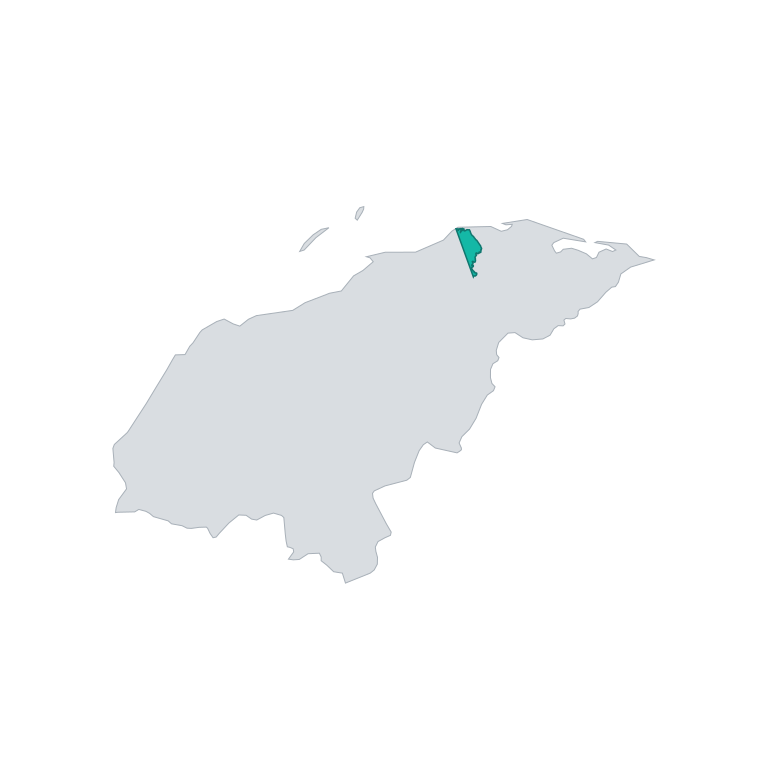 location of Juan Francisco Bulnes, Gracias a Dios, Honduras, rotated 340°
{"feature_id": "27666195B12686081930969", "entity_name": "Juan Francisco Bulnes", "entity_type": "district", "adm_level": 2, "iso_a3": "HND", "parent_name": "Honduras", "parent_adm1": "Gracias a Dios", "projection": "orthographic", "projection_center": [-84.929, 15.724], "detail": "fine", "context": "in_parent", "style": "filled", "palette": "teal", "viewbox_px": 768, "rotation_deg": 340, "n_neighbors": 0, "source": "geoboundaries", "source_scale": "gbopen_adm2", "svg_char_len": 6591}
<svg xmlns="http://www.w3.org/2000/svg" viewBox="0 0 768 768"><g transform="rotate(340 384 384)"><path d="M680.3,359.8L655.7,358.5L644.2,361.6L639.1,368.5L634.8,371.6L631.1,370.9L623.8,373.7L612.7,379.8L602.7,382.2L593.8,380.7L591.2,382.2L590.5,384.3L589.1,386.2L585.7,387.3L581.7,386.7L577.2,384.6L574.9,385.5L574.6,389.5L572.2,390.6L567.6,388.7L562.5,390.2L556.8,394.9L548.7,396.0L538.4,393.2L530.4,388.1L524.7,380.5L517.9,378.6L506.0,384.2L501.0,390.8L499.9,394.9L501.1,398.5L498.9,401.0L493.3,402.2L489.1,406.7L486.2,414.4L485.6,420.4L487.4,424.6L484.6,427.7L477.3,429.7L468.8,436.4L458.8,447.7L449.0,455.6L439.2,460.1L434.4,465.1L434.8,470.6L434.2,472.3L432.3,473.0L429.1,473.7L410.3,461.7L404.9,453.3L400.2,454.5L394.2,458.7L385.8,468.1L376.8,480.8L372.5,482.2L350.1,480.1L338.3,481.1L335.8,482.8L334.7,487.5L335.3,493.8L338.4,516.3L340.1,525.6L338.3,528.4L332.3,528.8L324.5,530.0L320.1,534.2L319.1,538.6L318.6,544.7L316.1,551.0L311.2,555.4L306.4,557.0L279.7,557.9L280.2,547.5L272.5,543.2L268.2,534.5L264.5,528.6L265.8,525.1L265.4,520.9L254.6,517.5L244.4,519.9L238.6,518.2L234.3,515.9L241.7,510.9L242.3,507.8L239.9,505.5L237.5,503.9L238.3,498.1L239.9,491.3L244.2,475.2L242.7,472.4L236.0,467.5L227.4,466.9L217.9,468.3L213.4,465.7L209.5,460.2L202.7,457.4L190.7,461.6L177.9,468.1L174.0,470.4L170.8,470.0L169.5,465.1L168.9,459.2L168.1,457.7L161.4,455.5L153.6,453.8L149.6,452.1L145.8,448.1L136.5,442.7L134.4,438.8L122.0,429.8L119.5,425.4L116.7,422.2L110.7,418.0L106.0,418.9L90.1,413.5L87.7,413.0L90.0,408.6L95.1,401.9L106.2,394.5L107.3,388.4L104.6,376.5L101.9,368.9L103.5,365.5L107.2,351.8L109.9,348.6L125.8,342.0L127.3,341.1L139.9,331.6L154.0,321.0L168.5,309.3L184.8,296.3L193.7,288.7L197.9,285.3L207.1,288.3L214.4,282.1L218.6,280.0L228.6,272.6L231.6,271.0L248.1,268.1L256.0,268.3L262.9,276.0L268.3,280.3L278.8,276.8L287.5,276.1L323.4,283.6L337.7,280.6L363.9,280.1L375.7,282.0L392.4,272.0L403.1,270.1L415.7,265.4L414.0,260.6L411.0,258.4L430.2,260.6L458.7,270.9L489.1,269.1L500.0,263.6L507.1,262.0L538.2,272.5L546.4,280.6L552.8,281.3L557.8,279.5L559.1,277.8L553.0,276.1L550.2,273.6L574.8,278.4L621.1,316.3L622.1,319.4L602.3,308.3L591.9,309.2L589.2,311.0L589.8,317.2L590.7,320.0L595.2,320.3L598.5,318.7L606.7,320.6L612.1,324.7L618.7,330.9L622.7,337.7L626.9,337.8L631.1,333.7L638.9,333.1L644.1,337.7L647.7,337.4L642.6,330.3L630.6,323.3L633.5,323.0L659.9,335.5L667.5,351.4L673.8,355.0L680.3,359.8ZM370.1,223.2L354.8,230.8L350.1,230.6L357.1,224.7L368.4,219.6L377.9,217.2L385.7,218.3L370.1,223.2ZM422.1,215.3L414.9,220.9L413.6,218.4L417.1,213.1L421.5,210.1L425.7,210.4L424.7,212.7L422.1,215.3Z" fill="#d9dde1" stroke="#a8b0b8" stroke-width="1"/><path d="M517.0,268.3L516.7,268.2L516.4,268.1L516.1,268.0L515.7,267.8L515.1,267.5L514.8,267.4L514.5,267.4L514.2,267.4L513.9,267.5L513.7,267.5L513.4,267.7L513.0,267.7L512.7,267.7L512.4,267.8L512.2,267.7L511.9,267.5L511.7,267.4L511.7,267.2L511.8,266.8L511.8,266.4L512.0,266.3L512.1,266.0L512.2,265.8L512.1,265.7L511.9,265.6L511.7,265.7L511.6,265.8L511.3,265.7L511.2,265.7L510.9,265.7L510.6,265.7L510.3,265.6L510.2,265.5L509.9,265.4L509.8,265.5L509.9,265.9L509.9,266.1L509.9,266.3L510.0,266.5L509.9,266.5L509.8,266.4L509.7,266.3L509.6,266.2L509.4,266.1L509.2,266.4L508.9,266.5L508.7,266.7L508.6,266.9L508.6,267.1L508.4,267.2L508.1,267.2L508.1,267.4L507.9,267.5L507.7,267.6L507.7,267.4L507.8,267.3L507.9,267.2L508.0,267.1L508.1,266.9L508.3,266.7L508.5,266.4L508.7,266.2L508.9,265.9L509.1,265.6L509.3,265.3L509.2,265.2L509.0,264.8L508.8,264.6L508.5,264.5L508.2,264.4L507.9,264.3L507.6,264.3L507.3,264.2L507.0,264.2L506.8,264.2L506.6,264.3L506.7,264.5L506.7,264.8L506.5,265.0L506.3,265.0L506.3,264.9L506.5,264.6L506.5,264.4L506.5,264.2L507.1,264.1L507.4,264.0L507.8,264.1L508.3,264.2L508.7,264.4L509.0,264.6L509.2,264.8L509.5,264.9L509.8,264.9L510.3,265.2L510.7,265.3L511.1,265.4L511.5,265.5L511.7,265.4L511.5,265.1L511.3,264.9L511.0,264.7L510.7,264.6L510.3,264.6L509.7,264.5L509.4,264.3L508.9,264.2L508.6,264.1L508.3,264.1L507.5,263.9L507.0,263.8L506.3,263.5L505.6,263.1L504.7,262.8L504.6,313.9L504.8,313.7L505.0,313.3L505.3,313.2L505.4,313.3L505.6,313.3L505.8,313.3L506.1,313.5L506.3,313.5L506.5,313.6L506.9,313.7L507.0,313.5L507.0,313.4L507.3,313.4L507.5,313.4L507.8,313.3L508.0,313.3L508.3,313.1L508.5,312.9L508.6,312.5L508.7,312.4L508.8,312.2L508.9,311.9L508.9,311.7L509.0,311.6L508.9,311.4L508.7,311.2L508.3,311.1L507.9,310.9L507.7,310.7L507.6,310.4L507.4,310.4L507.2,310.3L507.1,310.2L507.0,309.8L507.1,309.7L507.3,309.6L507.2,309.4L507.1,309.1L506.9,308.6L506.7,308.5L506.5,308.3L506.5,307.9L506.4,307.8L506.3,307.5L506.2,307.3L506.2,307.1L506.2,306.8L506.1,306.7L506.0,306.3L506.0,306.2L505.9,305.9L506.0,305.6L506.0,305.4L506.1,305.0L506.2,304.8L506.3,304.6L506.3,304.4L506.5,304.3L506.7,304.2L506.8,304.2L506.9,304.3L507.0,304.3L507.3,304.4L507.5,304.3L507.5,304.2L507.8,304.2L508.0,304.1L508.2,303.9L508.3,303.7L508.3,303.3L508.4,303.2L508.3,302.9L508.0,302.7L507.9,302.7L507.3,302.7L507.2,302.6L507.0,302.4L507.1,302.2L507.3,302.1L507.5,302.1L507.9,301.9L508.0,301.7L508.3,301.6L508.6,301.4L508.8,301.2L509.0,300.8L509.0,300.6L509.1,300.4L509.0,300.2L508.9,300.1L508.9,299.9L508.8,299.5L509.1,299.5L509.2,299.4L509.3,299.3L509.3,299.2L509.5,299.1L509.7,299.3L509.8,299.4L509.8,299.7L509.9,299.8L510.0,299.9L510.2,300.0L510.3,300.1L510.5,300.3L510.8,300.5L511.0,300.6L511.4,300.4L511.8,299.9L511.9,299.7L512.1,299.6L512.2,299.3L512.2,298.4L512.3,298.3L512.4,298.2L512.5,298.1L512.7,297.9L512.7,297.4L512.7,297.1L512.7,296.6L512.8,296.5L512.8,296.4L512.8,296.2L513.0,295.9L513.2,295.7L513.3,295.7L513.7,295.4L513.8,295.2L514.0,295.1L514.4,295.0L514.5,294.9L514.8,294.8L514.8,294.6L514.9,294.3L514.9,294.2L514.7,293.8L514.7,293.4L514.8,293.4L515.0,293.0L515.0,292.9L515.2,292.6L515.3,292.5L515.5,292.5L515.8,292.5L516.0,292.8L516.1,293.0L516.3,293.3L516.4,293.5L516.5,293.6L516.8,293.7L517.0,293.4L517.2,293.5L517.6,293.5L518.0,293.2L518.2,292.9L518.3,292.9L518.4,292.7L518.7,292.7L518.8,292.7L518.8,292.8L518.8,293.0L518.9,293.3L519.0,293.2L519.4,293.2L519.6,293.2L519.6,293.3L519.8,293.3L520.0,293.3L520.1,293.2L520.2,292.9L520.3,292.7L520.5,292.3L520.5,292.1L520.6,291.9L520.7,291.7L520.8,291.6L521.1,291.4L521.3,291.1L521.2,291.0L521.1,290.9L521.3,290.7L521.5,290.5L521.8,290.4L522.0,290.2L522.1,289.8L522.1,289.7L522.0,289.3L521.9,288.2L522.0,287.1L521.7,286.2L521.3,284.7L521.0,283.5L520.8,282.7L520.5,281.4L520.2,280.5L519.6,279.8L519.1,277.9L518.7,277.2L518.7,276.4L518.2,275.4L517.6,274.6L517.4,273.6L517.2,272.8L517.1,272.2L517.2,270.1L517.1,269.2L517.0,268.6L517.0,268.3Z" fill="#14b8a6" stroke="#0f766e" stroke-width="1.5"/></g></svg>